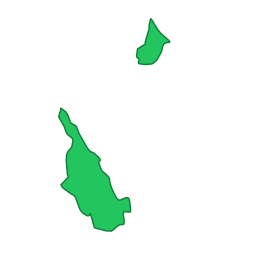 outline of Bremen, rotated 43°
{"feature_id": "DEU-1575", "entity_name": "Bremen", "entity_type": "State", "adm_level": 1, "iso_a3": "DEU", "parent_name": "Germany", "parent_adm1": "", "projection": "robinson", "projection_center": [8.734, 53.321], "detail": "fine", "context": "isolated", "style": "filled", "palette": "green", "viewbox_px": 256, "rotation_deg": 43, "n_neighbors": 0, "source": "natural_earth", "source_scale": "10m", "svg_char_len": 1876}
<svg xmlns="http://www.w3.org/2000/svg" viewBox="0 0 256 256"><g transform="rotate(43 128 128)"><path d="M71.3,158.6L74.0,159.1L81.9,163.0L82.8,163.3L83.3,163.2L88.0,162.1L89.3,162.1L96.3,165.5L111.2,170.2L114.6,170.8L117.4,170.6L118.0,170.5L118.3,170.3L118.8,169.9L119.7,169.7L125.5,169.4L128.6,169.8L129.1,170.1L129.5,170.4L129.7,170.8L129.8,171.3L129.7,171.8L129.6,172.3L130.1,173.1L131.4,174.0L137.0,176.7L138.3,177.1L145.3,176.9L148.4,177.4L148.9,177.7L152.7,180.7L157.7,183.5L166.4,186.8L168.7,187.2L170.1,186.9L170.8,186.7L171.3,186.3L171.7,185.7L171.9,185.2L172.2,184.2L172.6,183.3L173.7,181.1L174.3,180.2L174.9,179.6L176.0,179.0L176.8,179.1L177.6,179.4L180.2,181.3L186.2,186.6L186.8,187.4L186.7,188.2L185.9,188.9L183.0,191.0L182.4,191.9L182.3,192.3L183.3,194.3L189.5,199.4L190.0,200.3L190.5,201.5L190.0,202.1L188.3,203.9L187.7,205.3L187.1,207.3L186.8,211.7L186.5,213.5L186.1,214.7L182.3,218.0L173.5,222.9L171.4,223.8L159.1,216.4L159.0,216.6L159.0,217.1L159.1,217.9L159.1,218.9L158.4,219.7L157.1,220.2L153.6,221.0L151.1,220.9L148.6,220.4L136.6,214.5L135.3,214.1L134.4,214.1L131.9,214.9L122.0,216.2L118.3,215.7L118.1,215.4L117.7,215.2L117.8,214.7L117.7,214.2L117.8,205.9L117.5,204.8L117.0,204.0L115.3,203.2L105.4,194.3L101.4,189.6L100.9,188.4L100.4,186.8L100.2,186.0L99.8,180.1L96.2,174.6L94.6,173.5L89.1,173.9L86.3,173.6L80.3,170.4L69.8,167.2L67.7,163.5L66.9,161.6L65.5,159.3L71.3,158.6ZM81.1,63.6L83.3,55.0L82.0,53.4L75.6,40.7L73.6,38.8L71.0,34.5L70.0,32.2L70.1,32.3L82.5,35.7L88.0,36.5L98.3,36.1L99.7,36.5L99.9,37.1L99.0,38.0L98.3,38.8L97.7,39.7L97.4,40.5L97.0,41.8L97.2,43.5L97.9,45.2L99.9,48.3L100.8,50.7L102.5,57.4L102.7,59.8L102.5,61.9L102.1,63.7L101.8,64.7L97.8,69.4L92.6,73.2L92.2,73.3L91.8,73.4L91.3,73.1L90.6,72.6L89.0,70.0L88.8,70.0L88.7,70.0L88.2,70.0L86.4,70.3L85.1,69.5L82.0,65.0L81.1,63.6Z" fill="#22c55e" stroke="#15803d" stroke-width="1.5"/></g></svg>